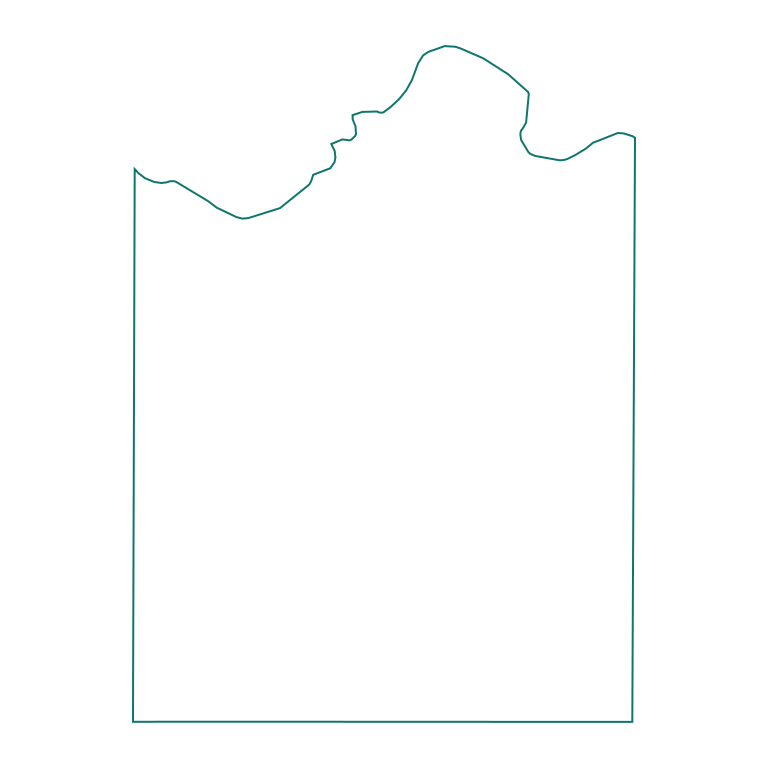 the district of Montague, Texas, United States of America
{"feature_id": "52423323B98336857110967", "entity_name": "Montague", "entity_type": "district", "adm_level": 2, "iso_a3": "USA", "parent_name": "United States of America", "parent_adm1": "Texas", "projection": "robinson", "projection_center": [-97.721, 33.713], "detail": "fine", "context": "isolated", "style": "outline", "palette": "teal", "viewbox_px": 768, "rotation_deg": 0, "n_neighbors": 0, "source": "geoboundaries", "source_scale": "gbopen_adm2", "svg_char_len": 1026}
<svg xmlns="http://www.w3.org/2000/svg" viewBox="0 0 768 768"><path d="M632.3,721.9L635.0,137.7L632.5,136.2L624.0,133.5L617.8,133.0L599.4,140.3L593.2,142.6L585.6,148.8L575.0,155.2L566.6,159.3L563.1,160.1L559.8,160.3L556.8,159.8L535.0,155.9L530.2,153.8L528.4,152.1L521.2,140.1L520.4,135.2L520.5,132.3L521.4,130.0L522.4,129.0L526.1,122.6L528.8,93.9L528.0,91.9L508.2,74.3L483.2,58.3L460.5,48.4L455.1,46.7L444.7,46.1L428.3,51.9L423.1,55.4L418.2,63.1L411.9,80.1L406.3,90.2L399.2,99.0L390.5,107.1L383.5,112.3L382.0,112.7L379.1,112.5L377.2,111.5L362.5,111.9L352.6,115.1L352.7,119.4L355.5,126.3L356.0,134.0L355.1,136.0L351.5,139.5L349.8,140.4L342.5,139.4L331.3,144.0L334.7,151.0L335.4,157.7L334.5,162.2L330.4,168.2L313.2,174.8L311.3,180.8L309.3,184.5L280.0,208.1L248.2,218.1L242.4,218.6L236.4,217.1L216.8,207.7L207.9,201.0L176.3,182.0L174.2,181.2L170.2,181.2L166.4,182.4L161.6,183.0L154.3,182.0L144.8,178.1L138.3,173.0L134.7,169.1L133.1,681.4L133.0,721.8L194.7,721.7L632.3,721.9Z" fill="none" stroke="#0f766e" stroke-width="2"/></svg>